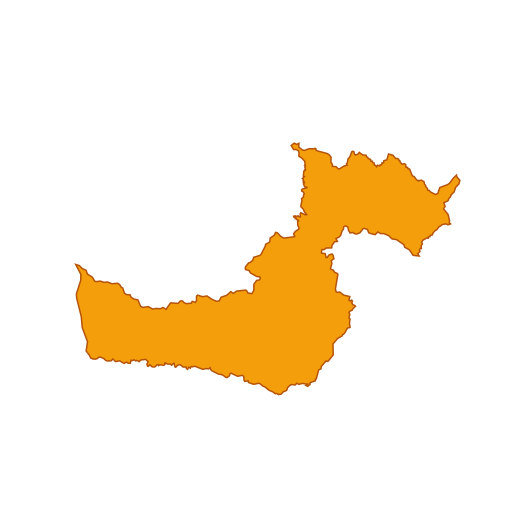 the district of Chinchiná, Caldas, Colombia, rotated 301°
{"feature_id": "7082276B13604936922856", "entity_name": "Chinchiná", "entity_type": "district", "adm_level": 2, "iso_a3": "COL", "parent_name": "Colombia", "parent_adm1": "Caldas", "projection": "mercator", "projection_center": [-75.645, 5.002], "detail": "fine", "context": "isolated", "style": "filled", "palette": "amber", "viewbox_px": 512, "rotation_deg": 301, "n_neighbors": 0, "source": "geoboundaries", "source_scale": "gbopen_adm2", "svg_char_len": 6151}
<svg xmlns="http://www.w3.org/2000/svg" viewBox="0 0 512 512"><g transform="rotate(301 256 256)"><path d="M368.8,229.3L366.6,233.5L367.8,235.2L368.1,238.0L366.7,239.7L363.6,241.3L363.5,244.8L362.4,248.8L361.5,249.6L359.7,251.0L358.6,251.0L358.5,252.1L357.3,252.1L355.3,254.1L354.8,253.4L354.1,253.8L353.4,253.3L348.7,255.5L349.0,256.5L346.3,255.9L346.3,256.9L344.9,257.7L344.6,258.5L344.4,258.0L343.5,258.5L343.2,259.8L342.4,259.5L341.1,261.1L340.3,262.8L341.1,263.8L340.8,264.5L337.2,261.2L336.1,261.0L335.2,261.7L335.3,263.4L334.2,265.3L332.5,265.4L330.9,266.4L328.6,265.5L327.4,266.7L322.2,268.6L321.3,269.2L320.4,272.7L319.1,274.2L317.5,278.1L316.7,277.2L316.2,272.1L314.7,272.2L312.5,273.9L311.8,272.7L312.1,271.3L310.8,270.5L310.7,269.1L309.5,267.8L308.8,268.4L309.7,269.8L308.3,270.4L308.9,271.2L308.2,271.9L308.4,273.8L307.9,274.4L307.2,273.8L304.0,275.8L302.2,278.4L300.7,278.7L297.5,277.1L294.7,276.8L294.0,277.1L293.0,279.0L292.3,279.0L285.8,270.8L285.5,267.4L286.9,262.3L286.3,260.6L283.2,261.0L278.7,258.9L275.5,260.4L274.5,260.3L271.0,258.2L269.1,258.9L259.9,259.5L258.5,259.0L253.7,254.7L250.7,255.4L247.6,254.4L246.3,253.2L241.4,252.6L239.6,253.3L239.0,254.2L240.0,257.3L238.6,260.1L238.8,267.2L240.1,270.0L239.1,271.3L237.3,271.3L235.4,269.1L230.7,268.7L225.5,271.8L221.7,271.9L220.1,268.3L221.5,265.7L221.4,264.6L215.9,257.4L212.2,255.8L212.5,252.8L207.2,251.1L202.7,247.3L198.6,247.6L196.8,245.4L196.2,240.7L196.5,234.5L193.6,231.2L192.4,226.1L190.8,225.7L187.3,227.9L185.0,228.0L184.3,224.7L182.2,224.8L179.3,220.8L178.9,218.3L179.6,216.5L179.1,215.0L178.3,214.3L175.2,213.5L171.8,206.9L163.9,206.3L164.0,202.8L161.6,201.2L159.4,197.1L157.3,194.9L157.1,189.6L153.7,185.6L153.4,183.0L157.6,177.3L156.2,173.5L156.4,170.0L157.9,168.1L156.4,165.4L156.2,162.6L159.9,158.3L160.0,155.9L161.3,154.0L161.3,151.3L158.0,146.8L157.2,142.0L155.2,139.4L154.3,135.5L151.9,132.4L151.3,130.7L153.6,126.7L153.7,120.8L156.2,117.8L155.8,113.1L156.8,109.5L155.9,105.8L150.0,115.4L144.8,118.3L130.9,121.6L127.5,124.0L114.1,137.4L105.1,144.0L95.8,155.7L87.1,159.3L84.9,164.7L83.4,166.8L83.7,169.2L85.0,171.6L86.4,172.8L88.3,173.4L89.2,174.6L89.7,178.2L89.1,181.1L89.4,182.5L91.5,185.8L94.0,186.3L93.1,190.0L95.9,193.1L96.0,198.3L98.4,199.6L98.2,201.4L99.3,203.5L102.4,202.6L102.5,203.7L104.3,205.1L104.1,206.9L105.2,207.7L105.2,210.2L107.5,210.8L110.6,214.7L109.8,217.9L106.9,218.3L105.7,219.8L106.1,220.6L108.1,221.0L107.5,223.7L108.0,225.2L108.8,226.4L112.0,227.3L112.4,228.1L111.9,229.0L113.3,229.7L114.8,233.3L116.1,233.8L117.3,232.8L117.6,233.1L117.9,236.2L119.2,238.1L118.9,239.9L121.5,240.5L121.8,241.0L119.2,243.6L119.3,244.5L121.4,244.9L123.2,246.1L123.8,247.4L123.3,250.8L124.8,253.3L123.7,254.3L123.6,255.7L126.1,255.6L126.0,257.5L127.9,257.4L128.2,258.5L130.0,260.3L131.4,268.6L133.9,271.4L134.8,273.4L136.6,274.2L135.5,275.3L134.9,277.3L135.5,285.1L136.4,286.7L136.8,289.5L136.4,292.9L137.0,293.8L139.5,294.9L141.8,294.4L142.7,294.9L143.4,302.1L146.8,305.9L146.3,307.6L143.4,309.7L142.7,310.9L144.9,313.5L143.7,314.8L144.8,320.0L148.2,323.8L148.6,325.4L148.0,328.9L148.4,331.1L147.6,336.3L148.2,340.4L147.9,343.5L149.0,344.9L148.7,346.5L150.7,348.8L153.6,349.3L156.5,351.5L159.7,350.9L163.0,351.8L164.4,353.1L165.6,356.0L167.9,356.5L168.1,358.9L170.6,361.3L172.7,366.2L170.7,365.4L170.9,367.4L173.7,368.5L175.3,367.6L179.6,371.2L181.0,370.3L181.6,371.0L190.7,368.4L192.8,369.8L194.9,368.9L202.1,370.0L202.4,371.5L203.3,372.1L211.0,373.1L220.3,367.3L227.3,368.4L231.8,371.0L233.0,370.6L234.1,371.4L236.5,371.7L241.2,371.5L243.3,373.4L246.4,370.8L250.5,369.0L250.7,367.8L251.6,367.2L254.3,366.5L255.4,364.7L256.9,364.8L259.0,366.3L260.7,366.2L264.1,367.2L264.5,366.1L264.1,364.1L265.4,362.0L266.8,362.1L267.5,360.8L265.9,359.7L266.2,358.3L269.6,357.3L267.7,351.7L268.2,346.2L266.8,344.6L266.6,343.0L268.7,341.0L282.3,335.7L282.9,334.6L282.5,331.9L283.7,329.3L283.2,327.3L283.6,326.3L288.5,325.0L290.8,322.9L293.8,324.2L296.3,321.7L296.9,320.2L295.6,318.9L294.4,318.0L291.5,317.8L290.8,317.0L293.7,314.0L292.2,310.8L293.4,309.8L295.6,309.3L296.4,311.0L299.0,312.1L301.9,316.7L304.3,315.7L308.8,316.0L310.4,318.3L312.2,315.5L314.7,317.3L317.1,318.0L321.6,316.9L324.2,317.1L326.1,316.1L328.1,317.4L328.0,319.9L325.7,322.0L324.2,324.8L325.9,326.7L326.0,329.7L327.3,331.6L329.7,333.2L334.5,333.7L335.2,334.2L336.2,337.8L334.0,340.6L334.4,343.1L335.7,347.2L339.3,348.0L339.4,351.3L341.0,354.0L341.8,359.1L340.7,363.8L342.4,368.1L341.9,376.7L340.1,379.1L340.3,384.4L337.5,390.3L340.0,395.9L341.2,393.5L344.3,394.2L345.5,392.9L347.2,392.9L347.6,393.9L349.8,392.3L352.1,392.4L353.1,391.0L355.3,390.8L359.4,393.1L360.0,394.4L361.2,393.9L362.0,395.1L363.6,394.8L364.8,396.3L366.7,395.9L369.6,396.3L371.6,397.4L375.1,397.8L379.0,399.6L381.4,402.3L381.6,404.5L383.7,406.2L383.8,404.7L385.9,403.8L390.5,399.3L392.9,392.8L393.7,392.4L395.9,392.6L398.3,389.6L402.3,392.1L404.9,391.7L406.9,392.3L408.6,391.7L413.1,392.8L417.5,391.8L422.5,392.8L425.8,391.8L427.3,387.4L428.6,386.2L424.6,385.1L417.9,384.4L415.8,383.4L409.3,378.3L403.2,379.6L401.1,378.0L400.8,372.3L401.4,370.8L400.8,369.4L402.2,368.1L402.7,365.9L403.7,365.3L404.5,363.3L406.2,361.8L406.2,358.8L404.5,356.6L404.0,356.8L404.1,354.0L405.5,350.9L405.3,348.7L409.7,342.7L409.1,341.9L409.2,340.9L410.0,340.4L409.4,338.6L411.5,337.3L411.5,335.4L409.9,334.1L410.7,331.2L411.6,330.6L411.6,329.1L412.4,328.6L412.4,326.9L411.5,325.3L412.9,321.4L411.7,317.1L405.8,318.6L403.6,316.5L401.6,317.3L400.6,316.0L400.2,316.5L398.5,316.4L398.1,315.5L396.7,315.2L396.5,313.6L394.5,313.3L395.3,312.0L394.9,310.7L396.5,309.3L396.1,307.8L397.2,307.0L396.4,305.5L397.8,304.5L397.4,302.0L398.2,300.8L397.9,299.8L399.1,298.4L397.6,295.6L398.0,291.1L395.9,291.0L393.8,289.2L394.0,288.1L395.9,286.0L395.5,284.8L394.6,284.4L389.3,285.4L386.5,284.9L382.7,286.3L381.7,286.0L380.8,287.4L378.3,285.0L373.8,282.7L373.1,281.8L373.8,278.6L372.2,275.4L373.9,274.3L375.0,271.9L379.3,269.5L380.4,266.9L380.5,264.3L377.6,254.1L377.6,253.0L378.8,252.1L378.8,251.2L377.5,250.2L375.4,246.3L371.7,243.4L370.8,241.6L371.3,236.7L374.7,234.7L372.7,233.6L372.4,230.6L368.8,229.3Z" fill="#f59e0b" stroke="#b45309" stroke-width="1.5"/></g></svg>